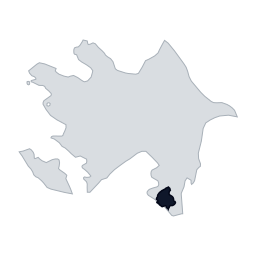 location of Lerik District, Lerik, Azerbaijan, rotated 358°
{"feature_id": "54616110B59366301344355", "entity_name": "Lerik District", "entity_type": "district", "adm_level": 2, "iso_a3": "AZE", "parent_name": "Azerbaijan", "parent_adm1": "Lerik", "projection": "orthographic", "projection_center": [48.458, 38.753], "detail": "fine", "context": "in_parent", "style": "filled", "palette": "ink", "viewbox_px": 256, "rotation_deg": 358, "n_neighbors": 0, "source": "geoboundaries", "source_scale": "gbopen_adm2", "svg_char_len": 4499}
<svg xmlns="http://www.w3.org/2000/svg" viewBox="0 0 256 256"><g transform="rotate(358 128 128)"><path d="M179.7,215.6L178.6,215.6L170.4,217.5L168.7,216.9L161.7,208.0L160.2,207.0L157.2,206.6L155.4,205.1L154.0,202.7L153.2,200.9L146.0,196.0L144.9,194.3L144.8,192.7L145.8,191.3L147.1,190.1L150.6,188.9L154.7,187.9L156.0,187.2L156.7,185.9L156.7,183.8L156.0,181.8L150.1,178.1L149.5,176.5L149.3,174.5L149.6,172.5L150.6,170.9L155.3,168.7L157.9,166.5L156.3,163.9L151.2,158.2L145.1,151.9L141.0,151.8L136.3,153.6L128.8,158.9L124.6,161.2L119.1,164.9L113.1,169.1L108.2,173.5L105.1,177.2L99.7,178.7L96.9,181.8L87.7,190.9L85.1,190.8L85.1,186.1L85.3,182.5L84.7,180.3L81.9,177.4L81.9,176.1L82.7,175.4L84.9,175.9L87.8,175.8L89.2,174.7L86.2,170.8L83.5,168.2L81.2,166.4L80.7,165.4L80.7,164.6L81.2,163.8L85.2,161.7L85.7,159.8L85.5,157.7L79.3,154.3L74.5,155.4L70.4,151.7L67.8,148.9L64.5,145.8L61.5,144.1L58.8,140.3L53.9,136.4L50.7,135.2L50.8,134.6L51.4,133.9L52.7,133.4L61.6,133.8L62.7,133.1L63.3,131.5L64.6,129.1L66.1,125.5L66.1,122.5L57.3,117.4L51.0,112.7L46.8,106.7L43.9,101.2L44.1,99.4L45.0,97.7L52.1,93.0L52.6,91.7L52.4,90.8L50.1,88.2L47.1,85.5L46.2,83.5L44.3,82.5L40.6,82.3L34.3,78.9L33.0,78.5L32.7,77.8L33.0,77.2L37.6,76.1L37.6,75.0L36.3,73.5L33.7,72.4L31.5,69.7L30.7,67.4L39.2,61.0L41.7,59.7L47.1,61.1L58.2,66.0L57.3,68.4L58.4,69.8L60.9,71.8L65.8,73.9L70.0,75.0L72.2,74.2L75.4,73.6L79.6,75.9L83.4,78.8L85.3,80.0L86.3,80.3L89.3,79.5L92.9,75.9L94.3,71.6L94.8,69.5L92.8,66.5L88.6,63.3L84.0,60.4L81.0,57.9L79.2,53.0L77.2,52.4L76.7,51.8L76.5,50.2L76.6,47.9L77.3,46.1L79.2,45.4L81.2,45.2L83.0,43.5L85.2,40.3L86.2,38.5L90.3,39.6L90.8,42.6L91.5,43.2L93.2,42.9L96.0,41.7L98.3,42.7L101.1,46.3L105.0,50.1L107.2,52.6L108.0,54.3L110.0,56.1L113.0,58.1L115.3,61.2L117.4,68.4L119.5,70.1L127.3,72.9L130.0,73.5L137.6,74.5L140.3,73.8L144.3,67.7L147.9,61.3L151.2,60.0L157.2,56.9L160.7,54.0L162.2,50.9L165.6,45.0L167.6,41.7L171.1,44.6L177.2,52.6L186.0,65.6L188.2,69.3L189.6,73.5L190.8,78.7L192.9,83.3L201.9,94.8L205.8,99.0L212.1,104.4L214.4,105.6L217.3,105.9L222.7,105.9L227.7,107.9L230.2,109.4L232.8,111.5L235.1,114.0L237.6,120.7L228.9,118.7L220.1,119.2L215.2,120.7L210.5,122.8L205.9,125.6L203.1,131.1L200.8,143.8L197.4,155.6L197.5,161.1L199.2,166.3L199.0,168.8L197.4,169.9L195.3,172.1L192.7,183.0L191.3,185.2L189.6,186.6L189.1,185.3L189.2,182.4L185.3,179.9L183.2,182.8L181.9,188.8L179.0,195.0L178.9,196.2L179.7,215.6ZM50.7,102.6L51.1,100.9L50.1,100.1L48.9,100.0L47.9,100.8L47.8,102.9L49.2,103.4L50.7,102.6ZM20.2,150.8L19.0,149.0L18.4,148.0L22.3,147.4L28.9,145.3L30.6,146.5L32.4,148.9L33.2,151.0L33.3,154.8L34.0,155.4L37.2,154.2L38.6,155.8L40.9,157.7L45.1,159.7L51.2,157.0L54.2,156.4L56.7,156.5L58.0,157.5L58.4,160.4L57.8,164.0L57.1,166.0L58.3,167.4L63.2,171.1L65.2,173.1L64.1,176.4L67.6,184.7L68.8,187.9L70.1,191.9L62.5,190.2L48.9,186.4L45.1,184.6L41.7,179.9L39.7,177.6L36.6,174.7L34.1,173.5L32.2,171.5L31.2,168.5L29.7,165.8L27.0,162.6L21.0,151.9L20.2,150.8ZM31.1,80.9L30.2,81.4L29.0,80.8L28.6,79.5L28.8,78.1L30.0,77.9L31.1,78.3L31.3,79.5L31.1,80.9Z" fill="#d9dde1" stroke="#a8b0b8" stroke-width="1"/><path d="M166.3,188.4L166.0,188.6L165.7,188.7L165.3,188.9L164.8,189.1L164.2,189.3L163.6,189.6L163.2,190.0L162.7,190.4L162.2,190.6L161.1,191.1L160.6,191.4L159.8,191.7L159.5,191.9L158.9,192.4L158.6,192.6L158.1,193.1L157.5,193.3L157.0,193.9L156.6,194.3L156.3,194.8L156.0,195.2L155.6,195.6L155.4,196.2L155.2,196.7L155.2,197.6L154.9,198.0L154.6,198.4L154.2,199.0L154.0,199.7L154.0,200.2L154.0,200.3L154.4,200.6L154.7,200.9L155.2,201.4L155.4,201.8L155.4,202.3L155.2,202.6L154.5,202.9L154.3,203.5L154.6,203.8L155.4,204.1L155.9,204.5L156.3,204.9L156.5,205.2L156.9,205.8L157.5,206.3L157.8,206.6L158.3,207.0L158.7,207.3L159.1,207.7L159.5,207.8L160.1,207.7L160.8,207.4L161.5,207.2L162.3,207.0L163.0,207.0L163.3,207.5L163.5,207.9L163.6,208.7L164.0,209.2L164.9,209.7L165.2,210.2L165.4,210.6L165.5,210.3L165.7,209.7L166.0,209.3L166.3,209.0L166.4,208.5L166.7,208.1L166.9,207.7L167.2,207.4L167.5,207.0L167.8,206.8L168.4,207.0L169.2,207.1L169.8,207.0L170.3,206.8L170.7,206.6L171.1,206.3L171.5,206.1L171.3,205.9L171.3,205.7L171.9,205.4L172.7,204.7L172.8,203.9L172.4,203.2L172.2,203.3L172.0,203.1L171.4,202.7L171.1,201.8L171.1,201.1L171.0,200.2L170.6,199.0L169.9,198.1L169.0,197.4L167.9,196.7L167.0,196.0L166.7,195.1L166.8,194.0L167.0,193.2L167.3,192.6L167.6,192.3L168.0,191.9L167.9,191.8L168.0,191.5L168.0,191.3L167.9,190.8L167.8,190.2L167.6,189.7L167.1,189.3L166.7,188.8L166.3,188.4Z" fill="#0f172a" stroke="#020617" stroke-width="1.5"/></g></svg>